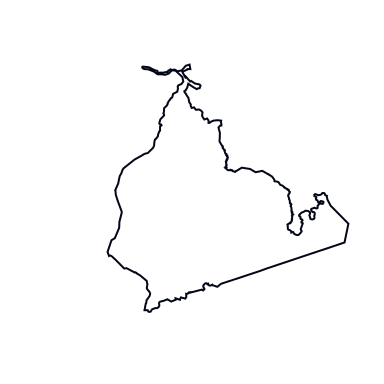 Lizuma pag., Gulbene, Latvia (Albers equal-area conic projection), rotated 144°
{"feature_id": "27541924B17941209046703", "entity_name": "Lizuma pag.", "entity_type": "district", "adm_level": 2, "iso_a3": "LVA", "parent_name": "Latvia", "parent_adm1": "Gulbene", "projection": "albers", "projection_center": [26.315, 57.198], "detail": "fine", "context": "isolated", "style": "outline", "palette": "ink", "viewbox_px": 384, "rotation_deg": 144, "n_neighbors": 0, "source": "geoboundaries", "source_scale": "gbopen_adm2", "svg_char_len": 6091}
<svg xmlns="http://www.w3.org/2000/svg" viewBox="0 0 384 384"><g transform="rotate(144 192 192)"><path d="M296.7,189.0L296.1,189.0L295.4,188.6L294.9,187.6L294.5,186.4L294.0,183.5L293.8,182.9L291.8,169.9L289.7,168.8L285.6,160.4L285.2,160.5L284.5,159.3L284.4,158.8L284.5,158.4L283.1,155.4L280.9,146.7L282.0,144.5L282.1,143.8L284.9,141.0L285.3,140.3L285.3,138.0L285.1,137.2L285.2,135.8L285.6,134.3L287.4,132.8L292.4,131.1L294.4,129.0L295.0,128.9L299.9,124.3L299.0,123.5L298.1,123.1L297.5,122.5L297.3,122.3L297.6,121.0L297.2,120.2L295.7,119.5L293.6,120.5L292.6,120.4L290.1,119.7L288.5,118.6L286.8,118.5L285.3,119.2L283.8,121.7L283.1,122.0L282.2,122.0L278.8,120.6L276.5,120.1L275.6,119.6L275.0,119.7L273.2,115.6L268.5,114.4L267.8,115.7L265.1,111.9L264.7,112.3L262.9,113.2L260.1,109.7L258.3,110.4L256.6,113.0L256.4,112.7L255.4,112.3L253.6,112.6L252.6,112.1L253.0,111.8L241.3,107.2L240.9,105.8L238.9,106.2L238.5,109.0L237.4,109.9L235.0,110.3L234.2,109.9L233.8,109.3L233.8,108.3L232.8,108.3L233.1,106.5L232.5,105.7L231.7,105.3L230.1,105.1L230.2,104.6L227.2,100.4L222.6,100.7L183.6,88.2L176.5,86.2L98.3,61.5L84.1,74.4L87.9,99.4L86.9,106.2L85.4,109.6L85.2,109.7L85.5,110.0L86.0,111.3L86.0,111.9L85.6,112.6L85.6,113.1L86.0,113.8L87.1,114.5L87.5,114.5L88.3,114.1L89.1,114.1L90.9,114.7L92.1,115.6L92.9,117.1L93.6,117.9L94.7,117.9L95.4,116.7L94.4,114.9L94.8,114.3L95.7,113.8L96.0,113.2L96.1,112.8L95.5,111.6L95.6,110.8L96.0,109.3L95.5,108.8L94.5,108.6L94.5,108.8L94.1,109.0L93.1,109.0L91.8,107.6L91.5,106.8L91.5,106.5L92.7,105.6L93.2,105.6L93.7,105.9L94.7,107.1L96.3,107.5L98.6,106.9L99.6,105.4L100.0,105.2L101.1,105.6L102.3,107.4L103.2,107.5L104.9,108.1L105.8,108.0L106.1,107.7L106.3,107.0L106.3,105.1L105.0,103.8L105.0,103.1L106.0,101.5L107.2,100.8L107.9,99.4L108.5,98.8L109.2,98.6L110.5,98.9L111.8,100.1L112.0,100.5L111.3,102.3L110.7,104.2L109.5,104.9L108.6,105.9L108.5,106.3L108.6,106.8L109.3,108.4L111.2,110.2L113.1,110.3L115.5,110.9L118.3,110.6L119.1,110.2L119.4,109.4L118.8,108.5L119.5,107.2L119.8,107.0L119.9,106.3L119.1,105.1L119.2,104.1L120.8,103.7L121.2,103.3L121.4,102.9L120.8,102.0L120.8,101.5L125.8,98.1L126.2,97.3L126.2,96.0L126.6,95.6L128.9,94.9L131.3,94.7L132.8,95.9L134.1,98.6L133.6,99.7L133.8,100.3L134.3,100.8L135.5,100.9L134.9,102.3L134.9,102.6L135.2,103.5L136.1,104.8L136.2,105.2L136.1,105.8L134.1,108.9L133.9,109.6L132.2,109.5L131.2,109.1L131.0,109.4L130.4,109.1L130.1,109.5L128.7,109.6L127.9,110.3L127.9,110.5L127.6,110.6L127.5,111.0L127.1,111.1L127.0,111.6L126.7,111.7L125.3,113.2L125.3,113.7L124.2,114.2L124.4,114.4L124.1,114.5L124.0,114.9L123.8,114.8L123.9,115.1L123.8,115.7L123.5,115.7L123.5,116.1L123.2,116.1L123.2,116.4L123.1,117.0L122.8,117.0L122.8,117.4L122.5,117.5L122.7,118.0L122.6,118.5L121.8,119.2L120.6,121.4L120.5,122.7L119.0,123.4L118.9,123.7L119.3,124.8L119.1,124.9L119.4,125.3L117.8,127.9L117.8,129.0L117.0,130.2L116.5,132.4L115.1,133.5L114.5,133.4L113.4,133.9L113.4,134.4L112.8,134.7L113.0,135.4L112.7,136.5L112.8,136.5L112.8,137.4L112.9,137.8L113.2,137.7L113.3,138.4L113.5,138.5L113.6,139.2L114.0,139.7L114.0,140.1L114.3,140.4L114.4,141.6L114.8,141.8L114.7,142.4L115.0,143.9L116.4,145.9L116.2,148.8L116.3,149.2L116.9,150.2L118.9,152.2L118.2,153.7L118.1,154.7L118.2,157.6L119.5,160.6L119.6,161.3L119.8,161.3L122.7,167.8L128.9,170.6L131.5,176.5L137.4,182.4L143.6,182.9L144.0,183.1L145.4,182.9L145.9,183.8L146.0,184.2L146.7,184.8L146.8,185.1L146.6,185.6L146.8,186.2L147.5,186.4L147.5,186.9L147.6,187.2L147.9,187.5L149.0,187.6L150.1,188.6L150.3,189.0L150.5,191.0L150.8,191.3L150.9,191.8L150.4,191.6L150.3,191.8L150.0,191.8L150.3,192.2L150.2,192.5L149.8,192.4L149.8,192.7L149.4,192.8L149.3,193.0L148.9,193.1L148.9,192.9L148.2,193.3L148.4,193.7L147.3,195.3L147.4,195.5L147.0,196.1L146.5,196.4L146.6,196.8L146.3,197.0L145.9,196.8L145.7,196.9L145.9,197.1L144.9,197.9L143.9,197.9L143.9,198.4L143.4,198.8L143.0,198.8L143.0,199.1L142.6,199.3L142.7,199.8L142.4,200.1L142.6,200.4L142.3,200.7L142.5,200.8L142.4,201.2L142.6,201.5L142.4,201.6L142.5,201.8L142.3,202.2L141.9,202.5L142.4,203.4L141.7,205.7L141.0,206.3L141.2,206.6L141.0,206.9L141.3,207.2L141.1,208.5L141.3,209.4L140.5,210.4L140.8,210.6L140.3,211.6L140.5,212.5L140.0,216.8L137.3,220.0L134.6,223.6L132.7,228.6L130.2,229.2L129.2,228.5L128.4,229.4L127.3,232.0L126.5,232.6L128.9,234.9L132.4,237.0L134.6,237.6L137.1,237.6L138.0,238.2L136.6,240.1L136.6,242.6L139.4,243.4L139.4,244.5L139.2,246.8L138.8,248.1L136.7,250.2L136.7,251.9L137.1,253.1L137.8,254.6L140.5,256.2L140.7,259.3L142.8,260.2L142.6,261.8L142.2,262.9L141.5,263.5L141.5,266.0L139.5,270.5L139.6,271.6L139.2,275.7L139.4,276.7L139.2,277.6L138.7,278.2L137.6,277.9L134.4,279.3L131.4,281.8L129.4,276.2L127.7,272.4L126.6,272.4L124.8,271.5L122.5,273.1L122.8,274.7L125.9,278.1L127.4,282.3L128.5,282.4L129.2,289.2L130.0,288.8L129.2,294.9L123.9,293.8L123.4,294.1L121.1,292.4L119.1,296.5L122.8,297.8L129.0,296.4L132.9,298.4L133.3,298.7L133.5,300.3L133.9,300.9L134.8,301.7L136.0,302.2L136.8,302.8L137.2,303.6L137.1,304.7L137.4,303.6L137.9,303.8L138.8,303.7L139.5,304.2L140.7,303.8L141.2,303.4L142.3,304.3L143.1,304.5L146.4,306.2L146.9,306.9L148.7,307.9L149.5,308.6L149.4,309.3L148.9,309.9L148.9,310.5L150.5,312.3L153.5,318.2L158.0,322.3L158.5,322.5L158.9,322.3L159.1,321.7L159.1,320.9L158.7,320.1L157.8,319.1L155.2,316.8L152.0,311.7L150.7,307.5L147.1,304.8L144.9,302.6L141.3,301.5L136.6,302.2L134.0,299.8L132.2,290.7L134.1,286.5L137.0,285.6L140.5,286.3L141.6,285.8L142.3,284.2L145.0,281.8L149.6,282.5L152.5,280.1L154.3,280.3L155.0,279.7L157.1,279.3L158.0,278.9L159.7,278.0L159.8,277.6L161.7,276.7L165.3,276.2L167.8,273.1L168.9,272.5L169.2,270.7L169.8,270.3L174.8,269.4L178.0,267.0L178.3,265.8L177.4,264.9L177.4,263.9L179.4,263.7L181.8,260.4L183.4,260.1L183.9,259.5L185.2,258.8L187.1,257.0L190.5,256.1L191.2,256.2L193.3,254.3L195.4,251.8L197.5,250.6L204.8,249.5L207.5,250.6L209.6,251.0L210.3,250.9L219.4,252.0L233.3,251.4L234.9,250.9L238.3,248.6L241.2,247.3L246.8,242.2L253.0,238.6L252.9,238.4L255.2,234.7L257.2,228.8L260.4,217.4L261.3,216.3L268.2,210.6L272.0,205.8L281.6,200.0L285.5,200.3L295.6,193.1L296.7,189.0Z" fill="none" stroke="#020617" stroke-width="2"/></g></svg>